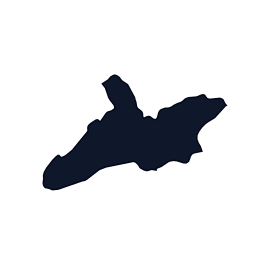 the County of Varaždinska, rotated 158°
{"feature_id": "HRV-1610", "entity_name": "Varaždinska", "entity_type": "County", "adm_level": 1, "iso_a3": "HRV", "parent_name": "Croatia", "parent_adm1": "", "projection": "natural_earth1", "projection_center": [16.282, 46.204], "detail": "fine", "context": "isolated", "style": "filled", "palette": "ink", "viewbox_px": 256, "rotation_deg": 158, "n_neighbors": 0, "source": "natural_earth", "source_scale": "10m", "svg_char_len": 2057}
<svg xmlns="http://www.w3.org/2000/svg" viewBox="0 0 256 256"><g transform="rotate(158 128 128)"><path d="M75.0,80.1L76.3,80.3L78.9,79.9L81.0,78.3L82.7,76.2L84.5,74.4L87.3,73.9L89.4,74.9L94.8,79.3L98.0,81.0L101.7,81.8L103.6,81.7L111.5,80.0L116.6,80.0L117.6,79.2L117.6,78.5L117.9,78.6L121.6,80.9L126.1,81.3L127.6,82.2L128.8,83.2L131.1,86.0L131.6,86.9L131.7,87.5L131.8,88.4L132.0,89.7L132.5,91.1L133.5,93.3L134.5,94.3L135.1,94.9L135.7,95.1L163.0,100.2L170.2,100.3L185.6,96.0L187.7,95.7L190.1,96.2L215.6,97.5L221.1,99.1L224.2,102.1L226.3,103.3L226.8,103.7L227.2,104.3L227.5,105.3L227.6,106.4L227.4,107.9L226.8,109.5L225.2,112.3L224.0,115.7L222.0,118.3L218.3,121.3L210.1,126.1L205.9,128.0L203.1,128.8L202.3,128.3L201.6,126.4L200.9,125.6L199.8,125.3L196.1,125.6L188.0,128.1L166.6,139.8L165.9,140.8L165.3,142.8L164.6,144.1L163.3,145.2L160.5,146.2L154.7,147.3L153.7,147.2L153.0,146.8L152.6,146.2L152.1,144.9L151.8,144.5L151.3,144.3L150.4,144.6L142.7,149.7L141.5,150.1L140.5,150.3L137.3,150.0L136.5,150.0L133.1,150.9L132.4,152.3L132.2,154.5L133.8,160.1L134.4,163.3L133.8,173.6L135.2,178.6L128.4,179.9L124.7,181.8L122.1,182.1L120.6,182.0L120.0,181.6L118.7,180.4L117.9,179.3L117.3,178.2L116.3,174.6L115.7,173.4L112.2,168.3L110.6,153.8L111.0,151.5L111.1,149.0L112.0,145.1L112.0,143.7L111.9,142.6L111.7,142.3L110.2,139.8L109.2,137.7L109.2,136.1L110.3,132.5L109.9,131.6L109.1,131.1L106.3,131.3L104.7,131.0L103.4,130.2L102.2,128.1L101.3,126.8L99.9,125.5L98.6,125.5L97.1,126.2L96.0,127.5L94.1,130.1L93.0,131.3L91.7,132.1L90.4,132.5L86.4,132.4L83.1,131.2L81.1,131.0L79.5,131.1L76.3,131.8L72.8,132.0L69.6,131.8L68.0,132.0L66.6,132.4L64.0,133.4L62.0,133.5L59.6,133.1L53.3,131.1L51.5,130.9L48.4,131.0L46.3,130.8L45.3,130.3L44.6,129.3L44.4,127.9L43.8,125.9L42.8,124.8L41.4,123.9L31.8,121.1L30.2,119.8L29.3,118.2L29.3,116.0L28.9,113.5L28.4,112.2L28.7,112.2L29.3,112.2L37.2,108.4L43.8,105.2L51.2,104.0L53.8,103.4L54.9,103.1L59.5,101.1L63.9,98.3L66.4,96.0L66.9,95.5L68.5,91.6L68.6,87.9L68.0,83.9L68.2,78.8L75.0,80.1Z" fill="#0f172a" stroke="#020617" stroke-width="1.5"/></g></svg>